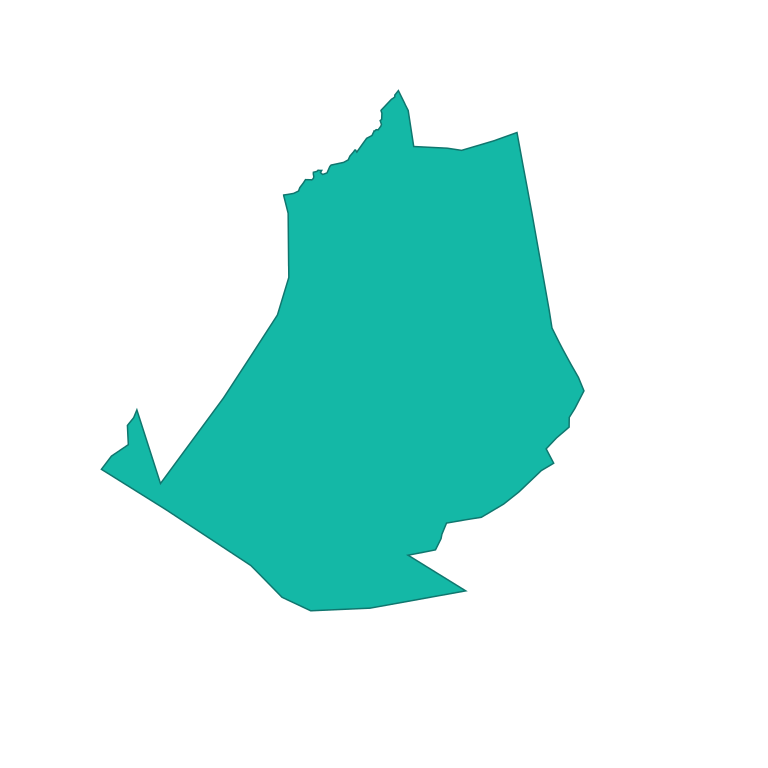 outline of Yaxe, Oaxaca, Mexico, rotated 48°
{"feature_id": "50627088B44296897282663", "entity_name": "Yaxe", "entity_type": "district", "adm_level": 2, "iso_a3": "MEX", "parent_name": "Mexico", "parent_adm1": "Oaxaca", "projection": "albers", "projection_center": [-96.466, 16.708], "detail": "fine", "context": "isolated", "style": "filled", "palette": "teal", "viewbox_px": 768, "rotation_deg": 48, "n_neighbors": 0, "source": "geoboundaries", "source_scale": "gbopen_adm2", "svg_char_len": 1634}
<svg xmlns="http://www.w3.org/2000/svg" viewBox="0 0 768 768"><g transform="rotate(48 384 384)"><path d="M592.4,461.7L527.3,480.7L537.2,464.3L541.7,456.7L537.1,445.1L534.4,441.5L529.2,430.6L539.7,413.9L548.2,400.8L553.3,375.3L554.5,355.8L553.6,325.1L556.4,310.9L540.7,306.9L539.5,291.9L539.9,275.3L532.8,268.7L529.9,258.5L522.9,240.0L509.2,235.1L494.4,231.9L478.1,228.0L469.6,225.8L454.8,221.7L439.1,211.5L369.7,168.3L355.9,159.7L335.2,147.0L313.7,133.9L286.1,116.9L276.7,139.8L263.1,168.3L262.3,170.0L251.2,179.1L227.4,203.0L196.9,183.0L190.5,181.3L189.1,180.8L180.5,178.4L175.6,177.0L176.5,182.6L177.9,183.9L177.7,186.3L177.4,187.9L177.5,189.3L178.5,201.6L178.5,202.4L178.8,203.3L181.4,204.4L185.8,208.7L185.7,210.6L189.4,212.2L190.3,213.9L191.2,218.3L189.8,219.6L189.7,220.6L189.8,221.6L189.3,222.1L189.5,222.3L191.3,226.7L190.4,230.2L189.8,232.5L191.0,238.1L192.9,246.6L193.5,249.0L191.1,248.6L190.6,249.2L191.2,251.6L191.2,251.9L191.8,256.8L193.5,260.6L192.3,265.7L186.5,275.8L185.9,276.8L186.0,277.9L186.2,278.9L189.0,285.1L187.3,289.3L185.9,289.6L184.3,289.7L183.6,287.4L182.3,288.8L181.0,290.0L181.1,291.6L179.4,294.8L180.6,296.0L182.9,297.4L183.8,298.6L184.0,299.3L184.0,301.1L183.0,302.0L179.6,305.6L180.7,309.7L181.7,315.1L183.4,318.4L181.9,323.6L178.7,328.7L176.4,332.1L176.9,332.5L193.0,341.0L232.5,375.9L232.7,376.0L241.1,383.4L261.4,417.0L273.7,462.6L287.0,512.7L308.4,616.7L237.9,585.0L241.5,592.5L243.1,602.4L258.0,614.6L255.2,634.8L258.3,651.1L285.5,643.3L331.6,630.1L402.2,611.6L429.9,604.4L440.4,603.9L474.3,602.5L503.5,590.2L541.2,544.4L592.4,461.7Z" fill="#14b8a6" stroke="#0f766e" stroke-width="1.5"/></g></svg>